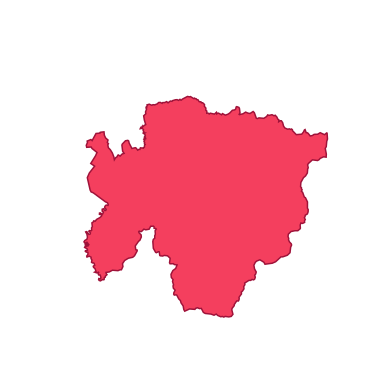 outline of Lampa, Puno, Peru, rotated 215°
{"feature_id": "86281439B39417167218696", "entity_name": "Lampa", "entity_type": "district", "adm_level": 2, "iso_a3": "PER", "parent_name": "Peru", "parent_adm1": "Puno", "projection": "orthographic", "projection_center": [-70.526, -15.382], "detail": "fine", "context": "isolated", "style": "filled", "palette": "rose", "viewbox_px": 384, "rotation_deg": 215, "n_neighbors": 0, "source": "geoboundaries", "source_scale": "gbopen_adm2", "svg_char_len": 6005}
<svg xmlns="http://www.w3.org/2000/svg" viewBox="0 0 384 384"><g transform="rotate(215 192 192)"><path d="M225.8,70.5L223.7,71.1L222.2,73.2L222.6,71.7L220.9,70.5L219.5,71.3L217.4,69.5L217.2,68.4L218.7,67.7L218.2,66.6L217.2,66.3L216.0,66.7L215.0,69.0L213.9,69.5L213.8,69.9L214.8,71.7L214.2,72.5L214.7,73.6L214.2,75.5L215.5,76.0L216.3,76.8L213.9,79.1L212.3,82.3L207.5,85.1L206.4,86.9L205.2,87.8L205.8,91.3L207.8,93.4L207.9,97.3L206.1,101.3L203.1,104.5L202.5,106.8L203.1,112.2L203.6,113.0L205.0,112.5L207.5,115.2L207.5,121.1L207.0,122.4L207.7,126.1L209.1,127.7L212.0,128.2L212.9,128.9L212.8,129.7L211.4,130.0L210.7,130.7L210.1,134.0L208.2,134.5L205.8,136.9L206.2,140.2L204.0,141.9L203.2,141.8L202.2,140.5L200.8,141.3L200.0,141.1L200.0,139.1L197.8,136.4L197.4,134.7L196.0,132.8L196.5,131.0L195.7,129.0L191.4,123.7L187.2,121.7L186.4,121.8L185.2,123.9L184.5,124.2L182.1,121.6L181.5,121.5L179.3,122.7L178.4,124.1L175.5,125.7L171.9,125.2L169.8,121.1L168.8,120.6L166.1,122.6L164.9,122.4L162.4,123.7L161.5,120.0L162.6,116.7L162.0,112.5L159.9,110.1L157.3,109.4L156.7,107.6L153.8,105.3L153.7,104.2L152.1,102.5L149.5,101.9L149.1,99.1L148.4,97.8L147.4,97.4L146.1,98.6L145.3,98.8L141.5,96.8L139.2,96.4L137.4,94.9L133.9,93.6L131.3,91.0L129.6,90.2L126.9,94.8L122.3,97.5L122.2,98.9L121.2,100.3L118.9,100.8L117.6,102.0L113.6,99.9L111.5,100.1L106.4,102.9L103.3,103.7L102.1,105.9L100.2,105.6L96.9,106.3L95.7,107.5L94.2,107.8L93.5,109.1L90.2,110.8L88.5,112.6L88.3,115.3L91.8,118.3L92.4,119.7L92.2,123.1L92.8,123.9L92.9,128.0L92.7,128.6L91.5,129.3L91.5,129.9L92.0,131.5L93.1,132.7L93.0,136.9L94.2,138.3L93.8,139.8L93.9,142.5L95.4,144.2L95.5,146.4L96.6,147.6L94.7,152.2L93.2,153.3L92.7,154.8L91.1,155.4L90.7,156.6L91.3,158.5L92.9,159.8L92.8,161.4L93.5,163.3L96.7,164.9L99.3,167.5L99.8,170.8L99.4,172.5L97.5,175.4L92.8,175.7L90.8,174.7L85.4,179.7L83.5,182.8L81.9,189.9L80.4,191.0L77.6,194.9L76.9,198.5L79.5,203.3L80.0,205.7L81.0,206.5L83.5,207.0L85.5,208.2L86.1,209.4L87.9,210.7L88.9,212.8L88.2,216.4L85.6,219.2L83.1,221.0L82.3,223.9L82.5,224.6L84.4,226.9L85.0,229.0L83.4,229.7L82.3,231.7L83.3,232.9L83.4,234.4L85.2,235.4L85.3,236.7L85.9,237.9L84.9,240.2L85.5,242.3L86.7,244.2L88.2,245.0L91.7,250.1L95.8,252.4L97.1,252.3L101.2,255.2L102.8,255.4L103.1,257.0L104.2,257.4L104.8,258.3L106.1,258.6L108.3,262.3L108.9,267.7L108.2,270.3L108.4,273.7L110.6,277.5L110.6,278.4L112.9,280.6L113.0,282.1L111.8,287.4L107.2,289.8L106.4,291.5L106.3,293.0L104.4,296.3L102.1,297.5L103.7,300.1L107.9,304.2L108.0,306.1L110.7,310.8L111.4,313.1L115.1,317.7L115.6,317.6L116.3,315.0L121.0,314.1L122.2,311.4L125.0,309.3L125.8,307.3L127.3,305.7L130.6,306.7L131.7,306.6L132.5,306.1L135.2,308.0L135.5,307.3L135.1,305.1L135.3,302.3L139.5,298.8L144.9,299.9L145.5,300.6L146.6,300.7L147.2,299.8L148.4,299.6L149.7,298.3L152.7,297.7L154.8,298.5L157.5,300.8L159.6,301.6L160.6,301.0L161.3,299.3L162.2,300.9L163.5,300.9L165.5,302.1L167.9,302.6L168.5,301.5L170.8,301.2L172.9,298.9L174.2,298.6L174.2,296.6L175.4,293.6L179.7,291.1L180.5,289.7L181.6,289.3L186.4,292.7L188.1,293.0L189.5,289.6L191.4,288.7L193.9,288.2L195.1,285.3L197.5,282.6L197.9,282.6L198.1,284.4L201.1,287.7L202.1,288.2L204.3,287.6L204.6,286.9L203.8,285.1L204.1,283.8L205.8,282.1L206.4,278.3L207.2,276.3L208.8,274.1L212.0,273.7L212.1,272.2L215.5,271.8L216.2,271.3L216.5,270.2L217.7,271.3L218.3,268.7L222.3,267.0L222.6,265.8L224.2,265.8L225.1,265.0L226.3,266.8L227.6,266.9L228.8,268.7L231.0,269.3L231.9,270.8L233.2,271.1L234.5,271.2L235.5,270.5L236.4,271.0L237.9,270.1L240.1,271.0L241.1,270.4L242.2,270.8L243.3,270.1L243.8,270.3L244.2,269.5L248.0,269.3L248.6,268.5L250.5,267.7L253.2,262.5L253.4,261.2L254.1,260.8L255.0,261.0L255.6,259.3L257.2,259.1L258.5,258.0L260.4,255.6L260.4,254.8L261.9,254.1L262.8,251.3L264.6,251.5L265.7,249.6L267.3,248.4L267.3,247.5L269.4,247.2L270.7,246.1L271.0,244.3L272.5,242.0L274.0,241.2L274.7,240.0L277.4,239.4L278.8,237.6L278.1,237.1L278.3,235.6L277.5,235.1L277.9,234.5L276.7,233.7L276.0,230.9L274.7,229.6L275.3,226.7L272.3,223.6L268.6,220.7L269.4,219.0L269.8,216.6L270.4,217.2L270.3,216.2L271.0,215.7L270.7,214.2L269.3,215.6L267.5,215.2L267.3,214.3L266.0,213.7L265.9,212.7L264.6,213.3L265.2,212.2L263.7,212.2L262.4,211.2L262.7,210.4L261.5,209.8L262.2,209.3L262.0,208.7L261.2,209.3L260.5,209.0L261.4,207.2L260.3,206.9L260.2,205.7L259.2,205.4L258.7,204.3L257.6,204.0L257.8,203.3L256.7,201.4L257.3,200.4L257.0,200.0L259.6,198.6L259.1,197.0L259.9,196.5L260.5,195.1L262.8,195.9L263.8,195.8L266.2,193.2L271.5,196.0L273.2,197.5L274.2,197.5L275.9,195.8L276.6,191.2L276.3,190.2L272.2,185.6L269.8,184.7L271.0,183.1L271.5,180.2L273.6,180.1L273.9,179.5L273.6,177.9L274.2,176.3L274.1,173.9L276.1,175.9L279.7,178.3L283.2,179.8L285.9,180.3L288.1,182.4L288.1,183.6L289.8,184.0L290.6,186.4L293.7,186.7L296.3,188.2L298.6,190.8L301.0,188.7L301.5,188.0L301.2,187.4L304.2,184.9L303.3,176.8L304.9,177.0L307.1,173.6L306.0,172.5L305.4,169.6L303.9,168.2L300.4,171.0L298.9,170.3L292.5,169.9L291.8,166.4L291.3,157.3L286.6,157.3L287.0,148.7L286.0,143.7L276.6,135.2L274.7,134.2L272.5,134.7L257.3,134.3L255.0,134.7L253.3,133.6L253.1,132.8L254.6,132.2L255.1,131.4L255.0,129.9L254.5,129.0L252.4,128.6L252.1,127.4L252.9,126.8L254.9,127.5L255.7,126.4L254.6,124.8L253.0,124.7L252.6,122.8L253.1,122.3L255.1,122.3L255.7,121.7L255.0,120.6L252.7,121.6L252.3,120.4L252.7,118.4L254.5,114.7L254.5,112.7L255.2,112.1L256.4,112.3L255.5,111.7L256.3,109.3L253.8,106.5L253.7,105.0L252.2,103.1L252.3,102.5L253.9,101.5L254.0,100.7L251.8,100.3L251.3,99.3L252.1,98.1L255.1,99.1L255.8,99.0L256.2,98.3L253.9,97.2L251.7,95.0L251.0,93.0L252.0,90.8L251.9,89.2L250.9,88.8L250.1,89.1L249.2,90.6L246.3,89.7L246.3,88.4L248.5,89.0L249.6,88.1L249.0,87.3L248.0,87.8L246.9,87.6L248.3,85.8L248.2,85.0L245.4,85.3L244.4,84.7L244.2,84.3L245.6,82.8L245.5,82.3L244.2,82.1L242.7,82.9L241.5,81.3L241.5,79.1L240.7,78.5L239.4,80.5L237.2,80.7L236.5,79.5L235.0,78.9L234.0,76.8L232.9,76.8L231.9,77.5L231.0,77.3L229.6,76.0L230.3,74.9L230.2,74.4L229.4,73.8L227.5,73.6L225.1,71.9L225.8,70.5Z" fill="#f43f5e" stroke="#9f1239" stroke-width="1.5"/></g></svg>